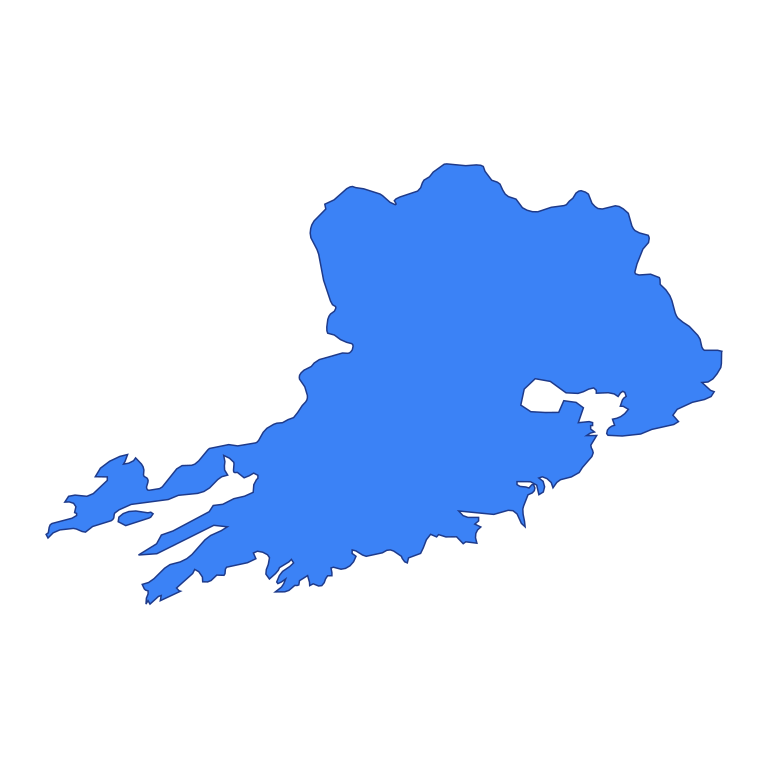 the border of Cork
{"feature_id": "IRL-78", "entity_name": "Cork", "entity_type": "County", "adm_level": 1, "iso_a3": "IRL", "parent_name": "Ireland", "parent_adm1": "", "projection": "albers", "projection_center": [-9.037, 51.912], "detail": "fine", "context": "isolated", "style": "filled", "palette": "blue", "viewbox_px": 768, "rotation_deg": 0, "n_neighbors": 0, "source": "natural_earth", "source_scale": "10m", "svg_char_len": 6107}
<svg xmlns="http://www.w3.org/2000/svg" viewBox="0 0 768 768"><path d="M721.9,351.3L721.6,352.2L721.4,363.5L720.8,367.5L717.0,373.9L712.9,378.9L708.0,382.0L701.9,382.5L710.6,390.4L714.2,391.7L711.1,396.5L704.5,399.5L692.4,402.3L677.2,409.3L672.9,415.2L678.5,421.6L673.8,424.5L651.8,429.4L640.7,434.0L622.3,436.0L608.0,435.3L606.7,433.6L607.4,430.2L609.3,427.8L611.9,426.1L614.6,425.3L612.5,419.2L616.7,418.3L620.8,416.6L624.7,413.7L628.4,409.3L623.2,406.3L620.3,406.2L622.4,400.0L623.8,398.1L626.2,396.4L624.8,392.4L622.8,391.3L620.5,392.9L618.1,396.5L614.2,393.9L608.3,392.7L596.3,393.2L596.3,390.3L593.7,387.9L588.7,389.1L583.4,391.7L578.0,393.4L566.0,392.8L550.3,381.4L535.2,378.7L524.2,389.1L520.8,405.1L530.8,411.7L545.3,412.5L558.7,412.4L563.8,400.7L576.1,402.4L583.4,407.8L578.3,422.7L589.2,421.6L592.6,422.6L592.6,425.5L590.6,425.6L590.7,429.1L594.5,432.0L590.3,433.1L586.5,435.6L596.7,435.5L590.8,445.2L591.3,447.8L592.5,450.1L593.2,452.8L591.9,456.5L582.4,467.5L579.2,472.5L571.4,476.9L560.5,479.7L556.8,482.4L553.0,487.8L551.2,482.5L547.0,478.6L542.3,476.8L538.8,478.0L543.1,481.3L544.6,486.8L543.3,492.0L538.9,494.7L536.7,485.1L530.5,481.7L517.0,481.6L517.0,484.6L520.0,486.4L525.9,487.0L529.0,488.0L531.7,484.9L533.5,484.4L534.9,488.0L534.3,490.7L532.3,492.9L528.0,494.8L523.6,506.0L522.8,509.0L523.1,514.2L524.5,521.3L525.1,526.8L521.4,523.4L517.1,514.0L513.0,510.7L508.2,510.3L493.8,514.4L458.7,511.0L463.0,515.6L467.9,517.4L478.6,517.4L478.6,520.9L474.8,524.1L480.8,527.0L477.6,529.9L475.8,533.5L475.5,537.8L476.9,543.2L465.8,541.8L463.2,543.7L456.6,536.8L445.8,536.9L438.6,534.6L436.6,536.9L430.6,534.3L426.4,539.7L423.3,547.8L420.6,553.4L408.5,557.9L407.3,562.9L404.7,561.8L402.2,558.4L401.4,556.3L393.6,551.0L390.3,549.9L386.8,550.3L382.4,552.8L366.2,556.3L362.5,555.0L355.9,550.9L352.2,549.9L352.1,553.4L356.0,556.3L353.6,561.7L350.0,565.8L345.5,568.4L341.0,569.2L333.4,567.2L331.0,568.0L331.9,572.7L331.9,575.7L327.6,575.8L325.6,578.8L324.2,582.7L321.8,585.6L318.6,586.0L313.2,583.8L309.7,585.6L309.5,582.3L307.6,575.6L299.5,580.7L298.8,584.9L297.1,585.5L294.8,585.4L288.9,590.4L284.8,591.8L275.3,591.9L281.5,587.1L283.7,583.8L285.6,579.0L281.4,582.0L277.9,583.6L276.7,582.0L279.4,575.5L282.6,571.4L289.9,566.4L293.6,562.9L291.4,559.4L288.9,561.9L279.5,567.6L278.3,570.3L275.5,573.6L269.4,579.0L265.9,574.1L266.3,569.6L268.3,564.4L269.5,557.7L267.5,554.7L262.7,552.2L257.4,551.2L253.4,553.0L255.9,558.7L247.5,562.7L226.6,567.2L225.4,569.1L225.0,573.7L224.0,575.3L216.8,575.1L211.1,580.5L207.7,581.9L202.7,581.8L202.4,577.0L198.8,571.7L194.7,569.4L192.7,573.5L176.5,588.0L179.1,590.8L180.5,591.2L160.3,600.7L161.2,595.5L158.5,596.4L150.0,604.1L148.0,600.6L146.0,604.1L146.4,598.1L148.1,593.9L148.1,590.9L145.6,590.1L144.3,588.9L142.2,584.4L148.6,582.5L154.0,578.7L164.6,568.2L170.0,564.6L180.3,561.9L186.8,558.7L192.0,554.5L205.0,539.8L210.6,535.5L221.2,530.7L227.4,526.8L213.8,525.3L156.9,553.7L138.5,555.0L156.6,543.8L161.4,535.0L172.9,531.0L209.2,511.7L213.2,505.5L222.8,504.3L233.8,498.7L244.6,496.2L253.2,492.3L253.8,484.7L256.5,479.6L257.9,478.3L257.9,475.3L253.7,473.1L249.1,475.8L244.1,477.8L237.4,472.4L234.9,472.6L233.7,471.9L233.5,470.1L234.0,464.1L233.8,462.3L229.5,458.2L223.7,455.4L224.9,461.6L224.4,465.9L224.6,470.0L227.7,475.1L221.8,476.7L217.8,479.5L209.6,487.9L203.9,491.5L197.6,493.4L178.4,495.3L168.3,499.5L131.2,504.4L119.1,509.8L114.7,513.1L114.2,514.4L113.8,517.9L112.8,519.5L111.2,520.7L92.6,526.5L85.5,532.1L82.1,531.5L76.4,529.0L73.4,528.4L59.9,529.9L53.2,532.8L48.0,538.0L46.1,534.4L48.3,532.8L49.2,527.3L50.2,524.8L52.0,523.5L72.1,518.2L76.6,515.5L76.6,513.4L74.6,512.6L75.9,506.7L73.6,503.3L69.3,501.9L64.8,502.1L68.6,496.3L75.0,495.1L86.9,496.3L93.3,493.6L107.3,480.4L107.3,476.9L95.3,476.7L100.4,468.2L109.7,461.2L119.9,456.4L127.6,454.5L125.0,461.5L123.5,464.1L128.7,463.2L133.6,460.7L135.6,457.9L141.5,464.1L143.1,466.8L143.9,470.0L143.5,475.0L144.1,476.4L146.9,478.0L147.7,479.2L148.1,480.6L147.9,482.3L146.5,487.0L146.8,488.7L147.5,489.9L149.0,490.3L159.6,488.6L162.3,486.9L176.7,468.9L182.1,465.6L191.7,465.3L194.9,464.1L198.7,460.9L207.8,449.9L209.4,448.5L228.7,444.6L237.7,445.9L255.6,442.9L256.9,442.3L258.6,440.5L263.2,432.3L266.9,428.3L273.7,424.3L276.8,423.2L282.5,422.7L288.1,419.6L293.6,417.6L297.6,412.6L302.2,405.6L305.7,401.9L306.9,399.9L307.4,397.9L307.4,395.5L304.8,386.8L299.5,379.1L299.3,377.3L299.6,375.2L301.2,372.7L304.1,370.1L311.3,366.5L314.2,363.0L319.3,359.6L342.5,353.0L347.8,353.3L349.5,352.9L350.9,351.7L352.3,349.8L353.1,346.2L352.7,344.5L351.6,343.6L346.6,342.3L340.5,339.6L334.3,335.0L327.7,333.2L326.9,330.8L326.8,327.0L327.8,319.4L329.0,316.2L330.5,314.0L334.4,311.2L335.7,308.5L335.8,307.3L335.5,306.5L332.5,304.7L330.5,301.0L323.6,280.3L318.7,254.3L317.0,249.5L310.9,237.8L310.2,233.1L310.7,228.6L311.8,224.9L314.1,220.9L325.8,209.0L324.8,204.2L334.0,199.9L346.7,188.7L350.1,186.9L352.5,186.5L355.6,187.6L363.7,188.8L380.0,194.0L382.6,195.7L390.0,202.3L395.2,204.7L396.0,204.2L395.9,203.3L394.3,200.7L396.0,198.9L399.9,197.0L417.6,191.1L420.7,187.7L422.4,182.8L424.0,180.1L429.5,176.8L433.2,172.1L444.2,164.2L446.8,163.9L465.7,165.7L476.3,164.9L480.8,165.3L483.3,166.5L485.0,171.3L491.7,180.2L497.4,182.2L500.0,184.1L502.8,190.2L505.2,194.1L508.4,196.6L516.0,199.1L522.4,207.7L527.0,210.2L532.4,211.7L537.8,211.8L551.2,207.3L564.0,205.6L566.4,204.7L569.3,201.2L572.9,198.2L576.0,193.1L578.8,191.1L581.1,190.7L585.4,192.1L588.4,194.1L592.0,203.3L595.0,206.5L597.9,208.5L602.3,209.0L615.3,205.8L619.2,206.5L623.3,208.9L628.3,213.3L631.9,226.0L633.4,228.8L635.0,230.6L639.4,232.9L648.2,235.3L649.0,237.1L649.2,238.5L648.5,242.6L642.9,249.1L637.0,263.9L634.8,272.3L635.6,273.9L639.0,275.0L650.6,274.2L659.3,277.6L660.0,279.5L660.2,284.4L665.9,289.9L669.8,295.6L671.9,300.6L675.2,313.0L676.6,316.2L677.9,318.1L682.6,322.0L689.3,326.4L697.8,335.4L700.1,339.3L701.8,347.0L702.9,349.0L704.3,350.3L717.7,350.3L721.9,351.3ZM147.9,512.8L150.8,512.2L153.1,513.8L150.7,517.2L148.9,518.1L125.7,525.6L118.2,521.7L118.9,517.1L123.2,513.6L128.9,511.5L135.8,511.0L147.9,512.8Z" fill="#3b82f6" stroke="#1e3a8a" stroke-width="1.5"/></svg>